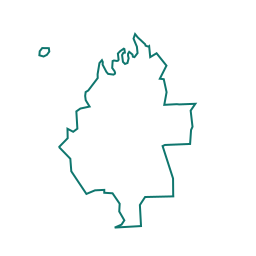 outline of Lincoln, Maine, United States of America, rotated 166°
{"feature_id": "52423323B80760419757691", "entity_name": "Lincoln", "entity_type": "district", "adm_level": 2, "iso_a3": "USA", "parent_name": "United States of America", "parent_adm1": "Maine", "projection": "robinson", "projection_center": [-69.539, 44.048], "detail": "fine", "context": "isolated", "style": "outline", "palette": "teal", "viewbox_px": 256, "rotation_deg": 166, "n_neighbors": 0, "source": "geoboundaries", "source_scale": "gbopen_adm2", "svg_char_len": 1369}
<svg xmlns="http://www.w3.org/2000/svg" viewBox="0 0 256 256"><g transform="rotate(166 128 128)"><path d="M139.1,29.7L135.1,50.4L133.3,52.1L128.1,56.9L100.6,50.7L100.3,52.3L96.5,68.1L98.8,102.1L96.3,102.6L71.6,97.5L67.3,110.8L65.1,113.6L63.0,129.7L56.8,135.2L72.6,138.5L74.8,139.3L87.2,141.7L81.9,153.4L81.5,166.7L85.2,168.1L75.6,179.2L82.2,193.6L89.3,191.4L87.7,202.2L87.9,202.1L89.2,202.4L91.0,203.6L91.1,205.1L96.6,213.5L98.4,217.4L101.0,213.4L100.4,209.2L99.7,204.8L100.6,198.4L104.6,195.2L106.0,196.0L105.9,198.2L108.4,201.6L110.0,200.0L110.5,198.0L110.5,195.5L112.8,191.2L115.4,190.9L116.9,193.4L116.1,200.2L114.4,202.0L112.8,201.9L112.4,205.5L112.9,206.0L117.1,204.4L119.8,202.7L120.6,196.5L121.3,195.8L122.5,195.7L125.3,196.9L126.7,196.7L128.8,190.1L127.3,186.3L127.2,184.5L127.6,183.8L129.1,183.3L134.2,185.3L135.4,187.7L137.3,195.6L136.5,198.1L136.9,200.1L140.0,197.9L144.5,187.5L145.3,183.8L157.5,174.0L160.4,173.1L161.8,169.5L162.3,165.2L160.1,158.1L169.5,158.4L174.1,156.6L177.3,139.6L182.1,137.6L186.9,141.9L189.0,132.7L199.2,126.4L199.2,125.6L191.4,112.1L193.5,99.7L188.7,86.3L184.3,74.1L175.1,75.5L166.0,73.7L166.7,70.9L158.8,68.4L154.4,56.5L156.7,49.1L153.9,39.3L157.7,35.8L165.0,34.6L139.1,29.7ZM185.9,221.2L185.5,224.6L191.9,226.3L195.1,223.8L196.4,220.0L192.6,217.8L189.0,218.6L185.9,221.2Z" fill="none" stroke="#0f766e" stroke-width="2"/></g></svg>